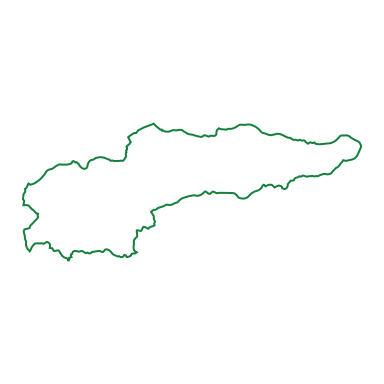 outline of Slatina-Timis, Caras-Severin, Romania
{"feature_id": "2599482B22285282547610", "entity_name": "Slatina-Timis", "entity_type": "district", "adm_level": 2, "iso_a3": "ROU", "parent_name": "Romania", "parent_adm1": "Caras-Severin", "projection": "orthographic", "projection_center": [22.317, 45.248], "detail": "fine", "context": "isolated", "style": "outline", "palette": "green", "viewbox_px": 384, "rotation_deg": 0, "n_neighbors": 0, "source": "geoboundaries", "source_scale": "gbopen_adm2", "svg_char_len": 5965}
<svg xmlns="http://www.w3.org/2000/svg" viewBox="0 0 384 384"><path d="M359.3,142.2L356.9,140.8L354.4,139.7L351.3,137.9L349.1,136.1L347.0,135.4L342.4,135.5L340.6,135.7L335.7,140.7L332.6,142.4L330.3,143.2L319.5,144.3L316.1,143.9L315.2,143.5L314.6,142.5L314.0,142.5L313.0,143.0L312.6,143.0L311.5,142.8L310.4,142.3L309.6,142.5L308.8,143.2L307.9,143.7L305.8,142.1L305.2,141.4L304.9,140.7L303.6,140.4L302.5,140.6L301.5,140.5L300.7,140.1L299.7,139.8L298.4,140.4L297.5,140.4L295.4,139.7L294.4,139.8L292.8,139.7L291.7,138.9L290.6,138.0L288.1,137.7L285.5,136.6L283.1,135.3L279.9,134.0L278.2,133.8L276.5,133.9L273.8,134.6L271.1,135.2L268.1,134.7L266.7,134.0L265.3,133.6L264.4,133.2L262.6,132.8L261.5,132.3L259.8,130.3L258.0,128.5L255.3,126.6L251.5,124.9L250.5,124.6L249.0,124.5L246.8,124.6L244.7,124.9L242.1,124.7L239.9,124.8L239.0,125.1L237.4,126.2L235.2,127.5L232.8,128.5L230.2,128.9L228.1,128.8L227.1,129.4L226.0,129.6L221.3,129.2L220.0,128.9L218.8,128.3L216.9,130.3L216.4,132.4L216.3,134.5L215.8,135.0L214.6,135.9L212.9,135.9L210.8,135.7L209.9,136.0L209.1,136.5L208.3,136.5L204.9,135.2L203.7,135.5L202.6,136.4L201.5,136.8L200.2,136.8L197.1,136.1L192.8,134.8L188.1,134.0L186.3,132.8L184.4,131.9L183.2,131.0L182.1,130.0L181.2,129.8L180.6,129.9L180.0,129.8L177.0,130.3L174.9,130.3L174.0,130.1L172.7,130.2L169.0,131.6L166.5,131.7L165.1,131.5L163.2,130.7L162.2,129.9L161.9,130.5L161.1,129.7L160.3,129.5L158.9,128.5L158.1,127.7L157.4,127.2L156.2,126.3L153.7,123.7L148.9,125.6L143.5,127.6L142.1,128.4L138.2,130.4L136.1,133.0L135.6,133.2L134.5,133.0L133.6,133.4L129.8,135.8L129.2,136.3L129.0,136.8L128.2,137.3L129.9,140.5L130.8,142.0L130.5,142.6L129.7,143.3L129.5,143.6L129.4,144.2L128.3,144.9L127.7,145.6L126.7,146.2L126.5,146.8L127.0,147.7L127.0,148.6L126.9,149.2L127.0,149.1L127.0,149.6L126.1,150.4L126.5,152.4L125.8,153.4L125.8,154.2L126.2,155.8L125.7,157.1L125.7,157.5L125.0,158.0L124.7,158.8L123.2,160.7L121.8,160.8L120.5,160.6L119.8,160.9L114.0,161.0L113.0,160.6L112.0,160.5L110.8,160.8L110.1,160.5L109.5,159.6L108.0,159.3L104.5,157.7L100.9,157.2L99.9,157.1L98.5,157.5L96.5,157.8L95.6,158.0L94.0,159.3L92.6,159.8L91.1,160.1L89.9,160.7L88.1,163.2L87.3,166.7L86.5,168.1L85.4,168.6L84.4,168.8L83.8,168.8L81.7,167.9L79.4,165.5L79.3,165.0L79.0,164.3L78.3,163.9L77.8,163.1L76.9,162.4L76.2,162.2L75.5,162.6L73.7,161.1L73.1,161.2L72.2,161.8L72.0,162.7L70.5,163.9L67.6,164.5L65.9,164.6L62.5,164.6L59.2,164.4L56.3,165.9L52.2,168.8L51.1,169.2L49.5,169.4L47.7,170.3L46.2,171.7L44.3,174.8L40.2,179.3L36.9,181.8L34.2,183.5L31.2,184.5L30.1,184.7L29.4,184.4L29.2,183.8L28.6,183.5L27.7,184.8L27.2,186.4L26.2,188.1L25.1,188.8L25.1,189.8L25.3,191.8L24.7,192.5L23.5,194.4L23.3,196.3L23.0,199.3L24.2,200.8L23.4,205.2L26.4,205.1L28.5,205.5L32.1,209.4L33.2,209.9L36.3,213.3L38.0,213.7L37.6,215.6L38.1,217.1L37.5,218.2L36.0,219.8L33.2,222.8L30.3,225.6L29.5,228.0L27.9,228.6L25.9,228.9L24.4,229.5L23.7,231.6L24.9,236.5L24.9,238.7L26.0,241.4L26.0,243.4L26.0,245.3L26.5,246.3L26.7,247.4L27.7,249.1L29.4,250.7L29.8,251.3L30.3,250.6L31.8,247.2L33.1,245.5L34.5,243.9L35.1,243.5L38.1,243.3L40.2,243.5L41.5,243.2L42.2,243.3L43.7,243.9L45.0,243.1L46.1,242.2L47.3,242.0L47.7,242.1L49.4,243.5L49.8,244.1L50.0,245.3L49.8,248.1L51.8,248.1L52.5,248.5L52.7,249.2L53.8,250.9L55.5,250.9L57.4,250.4L58.8,250.5L59.2,251.0L60.5,253.4L62.1,255.7L63.4,256.8L64.9,257.7L67.8,258.7L68.0,259.5L68.0,260.3L68.9,260.3L69.2,259.8L69.4,258.9L69.1,258.4L69.1,257.9L70.3,257.4L71.5,257.1L70.8,255.4L71.2,254.2L72.0,254.1L72.8,251.9L73.7,251.3L74.7,251.0L77.2,251.2L79.0,251.7L80.5,251.2L82.0,251.0L82.8,251.3L84.3,252.4L85.9,253.2L86.6,252.8L87.5,252.6L88.5,253.2L89.1,253.4L90.4,253.3L91.3,252.7L92.1,252.0L92.8,251.8L94.8,251.6L97.3,251.1L99.5,250.9L101.9,252.0L103.0,251.9L103.9,251.2L104.8,249.8L106.6,249.3L107.2,249.4L108.6,249.9L109.7,250.7L111.1,252.0L112.9,254.3L115.7,255.6L118.1,256.5L119.2,256.2L120.6,257.1L122.6,257.0L123.3,256.5L124.2,255.0L124.7,255.0L125.9,255.4L126.2,256.3L126.7,257.0L127.7,257.0L130.5,256.0L131.1,254.8L131.9,253.7L132.8,253.5L135.4,253.4L136.8,252.3L135.5,251.7L134.4,250.7L133.8,249.3L133.5,247.7L133.9,244.1L133.8,242.0L134.0,240.2L135.4,238.3L137.0,236.6L137.2,236.0L136.8,231.5L136.8,230.3L137.8,230.3L139.7,230.8L141.1,230.9L141.6,230.3L143.0,227.4L143.7,226.8L145.0,227.1L148.2,228.7L149.4,227.5L151.0,226.7L152.8,226.2L154.5,225.4L154.2,223.7L155.0,221.7L153.8,218.8L153.8,216.3L152.5,214.1L151.1,211.9L151.9,211.2L152.6,210.5L153.9,209.8L154.7,209.9L155.7,209.7L157.1,208.8L158.1,207.9L159.0,207.7L160.9,207.0L162.8,206.5L166.3,204.7L167.0,204.6L167.9,204.8L169.7,205.0L170.7,204.9L172.2,204.5L174.7,203.2L177.6,202.3L180.1,199.7L181.4,198.7L184.8,197.4L188.8,196.2L193.0,195.4L194.4,195.3L195.9,195.6L197.5,195.8L199.5,195.4L201.0,194.7L202.4,193.8L203.6,192.8L204.8,191.7L205.6,191.4L208.6,193.7L209.9,193.9L212.1,192.0L213.0,191.6L214.7,192.2L216.2,193.1L218.2,193.1L219.3,192.8L232.6,193.0L234.4,193.4L236.5,194.8L237.8,196.8L239.3,197.9L242.3,198.6L244.5,198.5L246.8,197.7L247.5,197.3L251.7,193.2L254.7,191.5L257.6,190.6L259.1,189.9L261.4,188.1L262.4,186.0L263.5,184.8L264.4,185.0L265.2,186.2L265.8,186.3L267.2,185.4L269.1,184.8L270.4,184.7L271.6,184.9L271.9,185.0L272.6,185.5L274.5,187.4L276.5,186.4L278.6,185.6L279.5,185.7L281.1,186.1L281.6,186.6L282.0,187.1L282.0,187.8L282.2,188.2L283.1,188.6L284.1,188.9L284.7,189.0L285.5,188.8L286.4,188.2L287.0,187.4L287.7,185.9L287.8,185.1L287.8,184.3L288.5,183.3L290.6,180.7L292.7,180.6L294.0,180.1L294.6,178.6L295.4,178.0L298.2,177.1L299.2,176.3L299.9,176.3L300.5,176.6L301.6,176.4L302.3,175.9L303.2,175.6L306.5,176.6L307.8,176.6L308.5,176.3L309.2,176.1L310.9,176.2L312.0,175.9L314.0,176.3L315.0,176.3L316.0,176.1L317.6,176.3L320.6,174.9L323.8,173.9L324.9,173.9L327.2,174.4L328.6,174.2L331.1,173.4L333.1,171.0L335.7,168.2L337.8,167.0L339.4,165.3L340.9,163.2L342.6,161.3L343.2,160.2L345.8,160.9L352.5,159.4L354.9,158.2L357.0,155.9L359.1,151.6L361.0,147.1L360.9,145.2L359.3,142.2Z" fill="none" stroke="#15803d" stroke-width="2"/></svg>